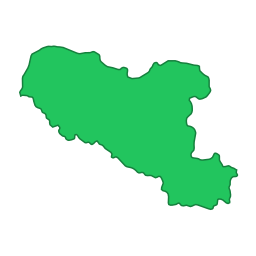 outline of Karnali, rotated 174°
{"feature_id": "NPL-1126", "entity_name": "Karnali", "entity_type": "Administrative Zone", "adm_level": 1, "iso_a3": "NPL", "parent_name": "Nepal", "parent_adm1": "", "projection": "natural_earth1", "projection_center": [82.262, 29.569], "detail": "fine", "context": "isolated", "style": "filled", "palette": "green", "viewbox_px": 256, "rotation_deg": 174, "n_neighbors": 0, "source": "natural_earth", "source_scale": "10m", "svg_char_len": 4356}
<svg xmlns="http://www.w3.org/2000/svg" viewBox="0 0 256 256"><g transform="rotate(174 128 128)"><path d="M54.3,38.5L56.2,39.2L66.7,44.2L68.6,44.8L70.5,44.4L72.4,43.7L74.2,43.4L77.9,45.1L80.9,44.8L82.6,45.2L83.4,45.8L84.4,47.3L85.0,47.9L85.8,48.0L86.7,47.7L87.5,47.3L88.3,47.0L92.0,46.7L94.0,46.9L95.4,47.7L95.7,49.3L94.8,55.4L95.0,58.2L96.0,60.0L97.6,61.2L99.8,62.0L101.1,63.4L100.7,65.4L98.7,69.4L98.8,70.8L99.4,73.0L100.2,75.2L101.0,76.4L102.7,76.7L104.3,76.0L105.9,75.7L109.8,78.3L111.6,78.6L113.3,78.6L115.3,79.1L116.0,79.8L117.0,81.5L117.7,82.1L119.2,82.4L120.5,82.2L121.8,82.2L123.2,83.1L124.3,84.6L125.7,86.1L127.2,87.3L128.9,88.2L133.1,89.6L134.6,90.6L141.2,99.4L142.7,100.5L143.7,100.5L145.4,99.9L146.3,100.0L147.4,100.7L147.4,101.5L147.0,102.6L146.7,103.8L147.5,105.6L152.8,110.0L154.4,112.6L155.3,113.6L156.4,114.2L157.4,114.6L158.3,115.2L158.9,116.5L160.2,118.4L162.0,117.7L163.9,116.1L165.6,115.4L166.5,115.8L167.7,117.3L168.4,117.9L169.3,118.0L171.2,117.7L172.2,117.9L177.2,122.5L177.9,123.6L179.1,126.1L180.0,126.9L181.3,126.8L181.8,125.7L182.0,124.2L182.4,123.1L183.0,122.8L185.3,122.2L187.4,122.0L188.4,122.0L189.4,122.4L190.6,123.4L190.9,123.9L191.2,125.3L191.5,125.8L192.1,126.3L193.6,126.8L194.2,127.2L196.3,129.4L197.0,130.8L197.2,132.4L196.9,133.2L196.4,133.8L195.9,134.5L195.8,135.8L197.3,138.1L202.8,136.8L205.2,139.4L205.4,141.3L205.2,142.8L205.4,144.1L208.0,146.4L208.2,147.6L208.1,148.9L208.5,150.4L209.5,151.4L210.7,152.0L211.6,152.8L212.4,155.8L213.3,156.6L215.7,157.7L217.2,158.8L218.1,160.4L218.9,164.4L219.1,166.7L219.3,167.7L219.9,168.6L221.0,169.0L223.2,169.4L224.1,170.2L225.1,170.8L228.7,171.5L229.9,171.6L231.3,171.0L231.9,174.7L231.5,175.5L230.7,176.6L229.8,177.5L228.9,178.8L228.5,180.0L227.8,188.1L227.4,189.7L226.9,190.7L226.1,191.5L221.3,198.1L219.8,201.0L216.9,209.7L215.7,211.5L207.9,214.6L206.0,215.8L204.1,216.5L200.0,217.4L198.4,217.5L195.6,217.0L193.5,217.1L192.2,216.9L189.8,216.1L187.4,215.7L184.0,214.8L171.0,207.8L169.2,207.1L168.0,206.9L162.7,207.3L158.2,206.9L157.1,207.0L156.2,207.3L154.7,207.6L153.4,207.2L149.3,204.1L148.8,203.3L148.6,202.2L148.7,200.8L148.7,199.1L148.4,197.8L148.0,196.9L144.6,193.2L143.1,191.9L142.0,191.1L136.9,189.5L131.7,187.2L129.7,187.0L128.8,187.6L128.5,187.9L128.5,188.0L127.7,188.4L126.7,188.7L126.0,188.7L125.3,188.5L123.5,187.7L122.9,187.3L122.6,186.7L122.4,186.1L122.4,185.5L122.6,184.4L122.8,183.6L123.0,182.9L123.2,181.9L123.2,180.9L123.1,179.9L122.8,178.7L118.8,176.7L112.2,176.6L110.9,176.9L102.3,181.0L101.5,181.6L100.8,182.3L99.8,184.2L99.2,184.9L98.4,185.5L97.7,186.2L97.1,187.0L96.6,188.1L95.3,189.7L94.3,190.1L93.1,190.2L92.3,189.8L91.8,189.1L91.3,187.9L91.2,187.9L91.0,187.7L90.6,187.4L88.9,186.8L81.1,190.6L74.1,189.9L72.4,189.3L70.4,188.4L69.1,187.5L67.6,187.1L62.9,186.2L55.8,183.6L52.7,183.0L51.2,182.4L50.6,181.9L50.6,181.2L50.7,180.2L50.6,177.5L48.4,174.7L47.2,173.4L46.1,172.4L43.5,170.7L42.9,170.1L42.5,168.8L42.3,167.1L43.0,160.6L42.3,158.9L42.0,157.9L41.9,156.8L42.3,155.8L43.1,154.7L45.8,151.8L47.2,150.7L50.8,149.5L52.0,149.3L53.6,149.2L54.3,149.4L54.9,149.8L57.1,151.9L58.0,152.3L59.1,152.4L60.6,152.1L63.6,151.2L64.2,149.3L63.2,147.6L62.4,145.6L62.0,143.1L62.1,140.7L62.3,138.6L62.9,136.9L63.8,135.5L67.2,133.0L68.6,131.6L69.2,129.4L69.3,127.7L69.2,125.5L68.8,124.5L68.4,123.9L66.7,123.3L66.2,123.2L64.8,122.5L63.7,121.7L62.7,120.7L61.9,119.4L61.4,117.6L61.2,116.3L61.3,115.5L63.7,107.3L64.1,104.6L64.3,101.3L64.6,100.0L64.9,99.1L65.4,98.6L66.5,97.6L67.2,97.0L67.7,96.3L68.0,95.5L68.2,94.6L68.1,93.4L67.8,92.4L66.9,91.7L65.7,91.3L62.4,90.5L60.9,89.9L59.8,89.0L58.8,88.6L57.2,88.3L50.7,88.4L49.7,88.6L48.8,88.9L47.0,90.0L44.8,93.5L44.2,93.8L43.8,93.8L43.1,93.6L42.3,93.2L40.5,91.7L40.1,90.9L40.1,90.0L40.3,88.0L40.4,86.8L40.2,85.8L39.8,84.9L39.5,84.1L39.1,83.5L38.2,81.6L37.7,79.9L37.4,79.7L36.9,79.5L35.0,79.5L32.1,79.9L31.3,79.6L30.7,79.2L29.6,78.2L28.8,77.7L27.0,76.9L25.1,75.4L24.3,74.9L24.6,74.1L25.0,72.4L24.8,71.7L24.1,70.1L24.2,69.3L25.1,68.6L26.5,68.5L27.9,68.6L29.0,68.4L30.4,67.4L31.4,65.9L32.0,64.2L32.4,60.9L33.5,59.0L33.8,58.0L33.7,57.1L33.2,55.4L33.1,54.5L33.0,50.8L33.3,49.1L34.2,47.6L34.7,46.1L34.5,44.4L34.7,43.1L36.4,42.5L38.0,43.2L41.2,46.5L43.0,47.5L45.2,47.9L46.2,47.5L47.2,43.5L47.6,42.6L48.3,42.2L49.9,41.8L51.1,41.3L51.5,40.4L51.8,39.5L52.4,38.8L54.3,38.5Z" fill="#22c55e" stroke="#15803d" stroke-width="1.5"/></g></svg>